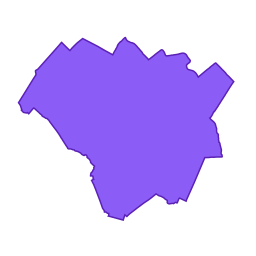 the district of Brezoaele, Dâmbovita, Romania, rotated 177°
{"feature_id": "2599482B97549882427292", "entity_name": "Brezoaele", "entity_type": "district", "adm_level": 2, "iso_a3": "ROU", "parent_name": "Romania", "parent_adm1": "Dâmbovita", "projection": "albers", "projection_center": [25.752, 44.562], "detail": "fine", "context": "isolated", "style": "filled", "palette": "violet", "viewbox_px": 256, "rotation_deg": 177, "n_neighbors": 0, "source": "geoboundaries", "source_scale": "gbopen_adm2", "svg_char_len": 5602}
<svg xmlns="http://www.w3.org/2000/svg" viewBox="0 0 256 256"><g transform="rotate(177 128 128)"><path d="M43.0,184.1L46.0,182.1L47.6,180.9L54.4,175.8L55.2,175.2L55.4,175.5L55.7,176.2L55.9,176.8L57.0,178.7L57.7,179.7L58.7,180.6L59.3,181.2L60.2,181.7L60.9,182.0L64.3,183.1L65.2,183.6L65.8,184.3L65.9,184.6L65.9,184.8L66.3,186.4L66.3,187.0L66.2,187.6L66.1,187.9L65.7,188.4L65.3,188.7L63.7,189.8L63.0,190.3L62.8,190.6L62.5,191.2L62.4,191.5L62.3,191.9L62.4,192.3L62.9,193.1L64.0,194.6L64.7,195.7L65.2,196.6L65.4,197.2L65.7,197.7L66.1,198.3L66.7,198.9L67.7,199.5L68.5,199.8L68.8,199.8L69.7,199.9L70.6,199.8L71.7,199.6L72.9,199.4L73.7,199.1L76.4,198.8L78.7,198.6L79.9,198.4L80.3,198.5L81.0,198.4L82.0,198.2L83.2,198.2L84.4,198.0L85.2,198.0L85.7,198.0L86.3,198.3L86.5,198.4L86.8,198.8L86.9,199.1L87.2,199.9L87.4,200.6L87.7,201.5L88.1,202.3L88.5,202.9L89.0,203.6L89.3,203.9L89.9,204.3L90.7,204.3L91.1,204.0L95.7,200.9L97.3,199.8L98.4,198.9L103.9,195.1L104.7,196.3L105.3,197.0L105.5,197.1L106.8,198.7L108.5,200.5L109.4,201.5L110.0,202.9L111.0,204.2L111.7,205.0L112.7,206.4L113.9,207.8L115.0,209.3L116.3,210.8L117.6,212.0L119.1,212.8L119.8,212.9L121.0,213.3L122.2,214.0L123.4,214.6L124.3,215.3L124.9,216.2L125.5,217.4L125.8,218.4L126.5,218.3L128.5,216.6L130.2,214.8L130.5,214.6L130.9,214.7L131.6,214.0L133.1,212.5L133.7,211.7L134.4,210.4L134.5,209.9L135.3,208.5L135.9,207.7L136.4,206.7L137.5,205.2L138.5,203.5L139.4,201.9L148.5,207.5L148.4,207.5L154.1,211.2L168.6,219.7L174.3,215.6L177.3,213.0L180.0,210.5L181.9,208.4L182.2,208.6L188.9,215.9L189.8,217.0L190.0,216.9L191.4,215.4L191.8,214.9L197.8,208.8L214.8,191.6L215.5,191.1L216.7,190.6L216.9,190.4L217.0,190.3L217.3,190.1L217.4,189.9L217.4,189.7L217.4,189.3L217.4,188.9L217.4,188.7L217.3,188.2L217.2,187.8L217.1,187.4L217.1,187.2L217.2,185.8L217.3,185.7L220.0,182.0L231.7,165.1L231.8,165.0L236.0,159.0L234.6,156.7L234.2,155.9L234.1,155.4L233.5,153.3L233.4,152.3L233.1,152.0L233.1,151.8L233.5,151.3L231.7,149.2L231.4,149.0L228.6,148.3L228.3,148.4L227.9,148.6L227.7,148.7L226.4,147.4L221.8,152.3L221.0,152.9L220.7,152.7L216.3,148.3L215.0,146.8L214.4,146.3L213.4,145.4L213.3,145.0L213.0,144.3L212.7,144.1L212.3,143.9L211.0,143.1L209.5,142.0L209.0,141.8L208.7,141.8L208.2,141.7L207.9,141.4L207.5,140.7L207.3,140.5L207.1,140.3L206.8,140.1L206.4,139.5L206.1,138.8L205.7,138.1L204.5,136.4L202.6,133.5L202.3,133.2L202.1,132.8L200.2,130.0L199.8,129.5L198.7,127.7L198.1,126.7L197.6,126.1L197.4,125.9L197.2,125.1L197.0,124.8L196.5,124.2L196.4,124.0L196.3,123.6L195.4,121.9L195.0,121.1L194.1,119.9L194.1,119.6L193.3,118.2L193.0,117.9L192.4,116.5L191.9,115.8L191.1,114.3L190.1,112.6L189.9,112.3L189.5,111.7L189.2,110.8L188.8,110.4L188.6,110.3L186.3,110.1L185.7,109.9L184.4,109.3L184.0,109.1L183.4,109.1L183.1,109.1L182.9,108.9L182.4,108.2L181.9,107.9L181.0,107.6L180.6,107.6L179.8,107.2L179.3,107.2L179.0,107.0L178.5,106.8L178.0,106.3L177.6,106.1L177.2,105.9L176.9,105.7L176.3,105.1L175.4,104.0L175.0,103.8L174.0,103.1L173.5,102.9L173.0,102.9L172.9,103.0L172.7,103.3L172.3,103.5L172.1,103.5L171.6,103.2L171.4,103.3L171.3,103.2L171.2,103.0L170.7,102.8L170.6,102.6L170.4,101.7L170.2,101.2L170.3,101.0L170.4,100.9L169.8,100.1L169.2,99.9L168.8,99.5L168.6,99.1L167.9,98.3L167.1,96.5L167.2,95.9L167.0,95.3L166.3,94.6L166.2,94.5L165.6,93.7L165.2,93.5L164.9,93.0L164.6,92.7L163.4,91.7L163.7,91.0L164.2,90.4L164.2,90.2L164.2,89.5L164.2,89.2L164.4,88.5L164.6,88.3L164.8,88.1L165.3,87.7L165.5,87.0L165.7,86.4L165.9,86.1L166.2,86.0L166.5,85.8L167.1,85.3L167.4,84.7L167.7,83.2L167.8,83.1L167.8,82.9L167.9,82.6L167.9,82.1L167.3,82.0L167.0,82.2L166.9,82.2L165.9,81.8L165.5,81.6L165.5,81.2L165.5,80.8L165.4,79.5L165.5,79.3L165.5,79.2L165.4,79.0L165.0,78.6L167.1,77.6L165.2,73.3L163.8,69.2L159.7,56.5L159.2,54.8L157.5,49.0L157.1,48.5L156.6,47.5L156.3,47.2L155.8,46.4L155.9,46.1L156.0,45.8L156.0,45.4L155.7,45.3L155.4,45.2L154.7,45.3L154.2,45.1L153.1,44.0L152.0,43.6L151.7,43.6L151.7,43.3L151.9,41.5L151.9,41.4L152.2,41.1L148.8,40.0L137.6,36.3L135.7,41.4L133.8,39.7L131.4,41.8L128.4,43.9L126.2,45.4L122.8,47.8L115.9,52.4L111.5,55.0L108.8,56.8L103.4,60.7L101.6,59.4L100.6,58.7L99.9,58.5L98.7,58.1L96.0,56.5L95.8,56.3L94.9,55.3L94.0,54.6L93.1,54.0L92.6,53.6L92.5,53.4L92.7,52.0L92.7,51.4L92.5,51.0L92.4,50.9L92.0,50.6L91.3,50.2L90.8,50.1L90.4,50.1L87.6,50.4L86.9,50.3L86.5,50.1L85.7,50.5L85.0,51.0L84.6,51.2L84.3,51.2L83.8,51.1L83.1,50.6L82.9,50.6L82.6,51.0L82.5,51.3L80.8,54.8L80.5,55.0L80.2,55.3L73.8,51.9L73.2,53.5L67.5,64.6L66.8,66.0L66.6,66.4L66.3,67.0L64.7,70.1L60.7,78.3L53.1,93.9L52.9,94.4L48.8,94.3L46.1,94.5L45.3,94.5L44.3,94.3L41.1,94.4L35.9,94.2L35.5,94.3L35.4,94.5L35.6,96.3L36.1,96.8L36.3,97.5L36.4,98.1L36.2,99.1L36.1,99.4L36.0,100.2L35.9,100.5L35.9,100.9L35.9,101.4L37.0,106.8L37.0,107.3L37.1,107.9L37.2,108.3L37.6,108.8L37.9,109.0L38.1,109.3L37.9,110.1L38.1,110.7L38.2,111.9L38.1,112.8L38.2,114.0L38.3,115.1L38.2,115.6L38.1,116.1L38.3,117.0L38.6,117.5L38.8,117.8L39.2,118.1L39.5,118.7L39.6,119.4L39.7,120.6L39.6,122.1L39.5,122.4L39.6,123.0L40.2,125.2L40.4,126.4L40.6,127.4L41.5,128.9L42.4,130.0L44.8,132.2L45.2,132.8L45.8,133.7L44.8,134.4L44.7,134.5L43.6,136.0L41.9,139.0L41.7,139.4L41.3,139.7L40.8,140.2L40.7,140.1L38.1,143.6L37.5,144.4L36.8,145.3L36.3,146.2L34.7,148.3L34.3,149.0L31.1,153.4L30.7,154.0L29.4,155.7L29.1,156.3L27.2,158.9L24.5,162.8L23.9,163.6L22.4,165.7L20.4,168.3L20.0,168.7L20.1,168.8L20.8,169.8L22.4,171.6L24.0,173.5L25.4,175.0L26.8,176.4L27.3,177.3L27.5,177.7L29.9,180.5L30.8,181.3L31.2,181.9L33.0,184.0L36.9,188.3L37.1,188.3L38.2,187.8L39.6,186.7L42.3,184.8L42.6,184.5L43.0,184.3L43.0,184.1Z" fill="#8b5cf6" stroke="#5b21b6" stroke-width="1.5"/></g></svg>